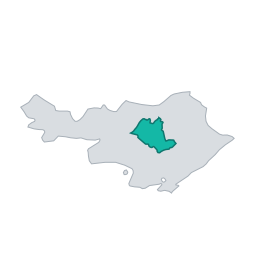 Kotayk highlighted on a map of Armenia, rotated 147°
{"feature_id": "ARM-1673", "entity_name": "Kotayk", "entity_type": "Province", "adm_level": 1, "iso_a3": "ARM", "parent_name": "Armenia", "parent_adm1": "", "projection": "robinson", "projection_center": [44.631, 40.391], "detail": "fine", "context": "in_parent", "style": "filled", "palette": "teal", "viewbox_px": 256, "rotation_deg": 147, "n_neighbors": 0, "source": "natural_earth", "source_scale": "10m", "svg_char_len": 3425}
<svg xmlns="http://www.w3.org/2000/svg" viewBox="0 0 256 256"><g transform="rotate(147 128 128)"><path d="M114.7,152.1L112.9,149.3L103.7,140.2L95.1,133.1L89.3,130.3L83.4,130.6L74.2,131.9L70.8,131.4L62.9,128.3L56.2,124.7L57.2,123.2L58.6,122.1L56.9,117.4L53.2,109.9L53.7,107.5L52.5,104.2L51.2,101.8L56.5,95.9L58.9,91.1L59.4,86.5L58.0,81.7L54.6,73.0L52.5,70.5L48.6,68.1L45.4,64.2L44.6,61.5L47.3,61.0L55.4,60.9L63.2,60.0L69.3,58.2L78.2,56.7L81.9,55.3L86.1,54.7L99.1,56.1L103.9,55.0L118.5,54.8L118.9,54.2L116.9,52.4L116.9,51.7L125.6,50.5L126.9,49.7L128.1,52.6L131.3,55.8L134.9,57.1L136.8,58.9L136.9,60.3L130.6,61.9L130.2,62.7L130.6,63.5L132.5,63.9L141.3,68.0L146.3,68.1L149.0,69.3L150.3,71.8L154.6,75.1L157.9,78.3L158.1,79.4L157.5,81.0L148.1,87.3L146.9,89.5L146.8,91.7L151.0,98.6L157.1,106.0L165.9,111.7L178.1,117.8L178.3,121.6L176.4,126.1L174.7,129.2L174.0,131.3L172.5,132.1L160.4,131.9L158.6,132.7L157.8,133.6L157.7,134.3L162.1,135.7L168.9,140.6L172.8,145.3L176.9,147.4L181.5,151.1L185.2,154.7L190.9,159.2L197.3,157.7L205.8,161.8L206.2,164.5L205.6,167.0L200.3,169.6L199.7,170.7L199.7,171.7L200.4,173.0L203.5,175.2L207.2,178.4L211.4,183.3L209.6,184.7L205.7,184.9L202.7,184.4L201.6,185.3L201.7,186.9L205.7,190.6L206.5,193.3L206.3,198.0L206.6,203.9L197.3,203.5L189.5,206.3L186.5,205.8L184.5,200.8L182.8,196.7L177.8,186.3L179.1,182.0L176.3,179.5L169.5,175.1L167.8,173.2L168.8,170.7L169.4,166.1L168.7,162.4L166.9,161.3L163.6,161.2L159.5,162.1L151.3,165.7L145.6,163.4L142.3,161.1L140.4,159.1L136.2,160.8L135.1,160.0L134.9,155.2L133.6,152.6L131.1,149.6L128.7,148.1L119.9,151.1L114.7,152.1ZM128.1,66.7L128.4,64.9L128.0,63.4L126.6,62.9L124.8,63.3L124.7,65.0L125.2,66.7L127.0,67.4L128.1,66.7ZM156.1,93.2L154.1,94.2L152.2,93.7L152.2,91.1L153.6,90.0L155.1,90.1L156.6,91.0L156.1,93.2Z" fill="#d9dde1" stroke="#a8b0b8" stroke-width="1"/><path d="M114.9,90.0L116.2,91.0L116.3,92.2L116.2,92.6L115.8,93.2L115.7,93.8L115.7,94.4L116.3,97.8L116.5,98.3L116.8,98.6L117.1,98.7L118.3,98.6L118.6,98.7L118.9,98.9L119.3,99.3L119.9,100.2L120.1,100.8L120.2,101.3L120.1,101.8L119.9,102.6L119.8,103.1L119.9,103.4L120.0,103.6L121.6,104.6L122.0,105.0L122.2,105.5L124.7,114.0L124.8,114.8L124.3,115.3L124.0,115.7L123.9,116.4L123.9,116.9L124.1,117.3L127.7,121.2L128.5,122.3L126.6,122.2L124.9,122.4L122.9,123.2L121.0,123.7L119.5,124.3L115.5,126.4L113.3,127.1L110.7,127.5L110.3,127.4L109.7,127.1L109.3,126.8L108.8,125.6L108.3,125.4L107.9,124.4L107.5,124.2L107.2,124.1L106.1,124.2L105.2,124.2L104.9,123.9L104.7,123.6L104.8,123.1L105.0,122.7L105.1,122.3L105.3,121.9L105.5,121.7L106.4,120.8L106.6,120.6L106.7,120.3L106.7,120.1L106.4,119.8L105.9,119.4L105.2,118.5L104.7,118.2L104.3,118.1L103.7,118.2L102.2,118.9L101.8,119.0L99.8,119.2L99.1,119.0L98.8,119.1L98.5,119.3L98.3,119.4L98.0,119.4L97.7,119.4L97.2,119.3L96.9,119.4L96.8,119.5L96.7,119.6L96.5,119.9L95.9,118.4L95.8,117.7L95.8,117.2L96.6,116.6L96.9,116.4L97.1,116.0L97.1,115.8L97.0,115.5L96.4,115.1L96.0,114.8L95.6,114.1L95.6,113.7L95.8,113.4L96.1,113.3L96.5,113.2L97.0,112.9L97.5,112.5L99.4,109.2L100.2,108.8L100.7,108.4L100.9,107.9L100.8,107.5L100.4,106.6L100.3,106.0L102.9,99.1L103.2,97.5L103.3,96.5L102.9,96.3L102.6,96.2L100.6,95.9L100.1,95.7L96.7,93.3L96.3,92.9L96.3,92.6L96.5,91.7L96.5,91.1L96.2,88.9L100.6,87.9L101.9,87.8L102.8,88.3L103.3,88.5L103.7,88.5L104.7,88.0L105.1,88.0L105.4,88.1L108.1,89.4L110.3,90.0L112.8,90.2L113.3,90.2L114.9,90.0Z" fill="#14b8a6" stroke="#0f766e" stroke-width="1.5"/></g></svg>